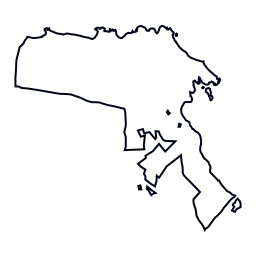 Manokwari, Papua Barat, Indonesia (Natural Earth projection)
{"feature_id": "22746128B58641314112332", "entity_name": "Manokwari", "entity_type": "district", "adm_level": 2, "iso_a3": "IDN", "parent_name": "Indonesia", "parent_adm1": "Papua Barat", "projection": "natural_earth1", "projection_center": [133.979, -1.001], "detail": "fine", "context": "isolated", "style": "outline", "palette": "ink", "viewbox_px": 256, "rotation_deg": 0, "n_neighbors": 0, "source": "geoboundaries", "source_scale": "gbopen_adm2", "svg_char_len": 5721}
<svg xmlns="http://www.w3.org/2000/svg" viewBox="0 0 256 256"><path d="M235.2,195.7L232.2,194.6L230.1,192.6L227.1,191.1L222.6,186.0L220.2,182.7L219.5,181.2L218.9,180.3L218.0,180.7L217.6,179.9L210.5,172.5L210.0,171.4L210.1,169.8L210.4,168.6L210.4,166.7L210.2,165.9L209.2,164.2L208.5,162.3L207.0,160.6L204.9,158.9L204.1,158.2L203.3,156.9L201.4,153.2L200.7,152.2L200.2,150.4L200.2,148.8L200.4,146.5L201.0,144.7L201.1,141.4L200.6,137.3L199.9,135.1L198.1,132.7L196.5,132.0L194.1,129.9L193.4,129.1L192.7,129.0L192.2,128.6L191.3,126.7L190.0,125.2L189.4,122.4L188.7,121.7L186.6,120.7L185.8,120.1L182.7,115.5L181.6,113.5L181.2,111.6L181.2,109.0L181.8,107.0L184.5,102.4L185.1,102.1L188.7,102.0L190.0,102.1L190.6,102.0L191.3,101.6L191.7,100.9L192.0,99.9L192.1,98.7L191.3,97.1L191.1,96.3L190.3,95.9L190.5,93.6L190.0,92.7L190.1,92.0L191.8,92.7L193.3,92.9L194.7,90.9L194.8,89.2L195.0,89.0L193.4,85.3L193.7,84.8L193.7,83.8L193.2,82.2L193.5,81.2L194.9,80.6L195.6,81.5L196.6,82.3L196.6,82.7L196.9,82.7L197.7,83.6L198.6,83.7L199.3,83.5L199.6,83.0L199.2,82.8L199.1,82.0L198.4,81.7L198.6,81.5L199.1,81.8L199.4,81.7L199.2,80.4L198.7,79.9L198.9,79.2L198.8,78.3L199.3,77.9L199.2,77.4L199.6,77.6L199.8,78.2L200.0,78.3L199.8,78.9L199.9,80.0L200.9,80.3L200.8,80.7L201.4,81.2L201.6,81.1L202.1,82.7L203.4,83.2L203.4,83.3L205.5,84.6L207.4,84.6L208.5,84.3L209.0,82.7L209.6,82.4L209.9,82.6L210.4,82.6L211.1,82.1L211.5,81.5L212.9,82.0L213.7,83.6L214.4,83.2L214.6,83.3L213.7,83.8L213.8,84.6L215.1,85.1L216.4,85.0L217.7,83.9L219.0,82.1L218.3,81.7L218.5,81.5L219.1,82.2L219.7,81.2L219.9,79.8L220.1,79.3L219.2,78.5L218.7,78.6L218.8,78.8L218.1,79.6L216.9,78.7L216.7,76.5L214.9,75.5L210.5,71.5L210.3,71.6L207.4,68.5L204.2,64.5L204.2,63.8L203.5,62.7L203.5,61.4L203.1,61.3L202.4,61.6L201.4,61.4L196.4,59.9L190.8,57.7L188.0,55.5L188.0,55.4L186.6,52.9L185.4,51.9L182.6,50.1L181.1,48.8L179.3,46.9L175.8,42.0L176.0,41.7L174.9,40.8L174.4,39.9L174.3,39.1L173.9,38.3L173.4,37.8L173.0,37.0L172.7,35.4L172.8,34.7L173.6,33.5L173.7,32.5L171.2,30.3L171.2,29.5L169.9,28.1L168.6,29.3L168.1,29.3L168.0,29.5L167.3,29.3L167.1,27.8L166.2,28.3L165.1,27.2L162.8,26.0L161.5,26.1L160.1,27.0L159.4,28.5L158.4,31.5L157.7,32.7L157.4,32.9L157.4,32.7L156.2,32.8L155.4,31.5L155.3,30.8L154.2,28.8L151.8,28.3L149.9,29.1L149.1,30.0L149.2,30.6L148.7,30.8L147.1,30.8L146.2,30.0L146.3,29.6L145.9,29.4L145.7,28.6L145.1,27.7L142.6,26.7L141.7,26.1L140.3,26.0L138.5,26.7L136.7,28.2L136.7,28.7L137.2,29.5L137.1,29.9L136.5,29.9L135.7,30.2L135.8,31.4L136.0,31.5L134.4,32.2L133.1,32.0L132.5,31.0L132.1,31.8L131.9,32.8L130.6,33.1L129.3,33.0L128.5,32.8L126.7,33.6L125.6,34.5L124.5,36.0L123.4,36.7L122.3,37.8L120.7,38.0L119.0,37.5L116.6,35.1L116.3,34.5L116.2,31.9L115.9,30.8L115.3,29.9L114.8,30.1L114.6,30.1L113.9,31.0L113.5,30.8L113.3,30.0L112.5,30.1L112.4,29.9L112.2,30.2L111.4,30.7L111.0,30.5L110.6,29.5L109.8,29.1L109.9,30.5L109.8,31.6L108.4,31.8L107.7,31.3L106.3,31.4L105.0,31.2L104.2,30.8L104.9,29.0L104.3,28.3L102.7,27.4L102.0,27.7L101.2,27.7L100.8,28.5L99.5,28.8L99.2,28.0L98.3,27.6L96.5,28.1L95.9,28.4L95.2,28.9L95.1,29.3L97.2,30.4L97.8,31.5L97.7,32.3L96.9,34.3L96.0,36.0L94.6,37.8L93.3,38.6L92.1,39.1L91.2,38.6L89.4,38.1L88.8,37.7L87.9,37.7L81.2,36.2L80.4,35.8L74.0,34.5L71.4,34.3L67.9,33.6L66.4,33.6L63.2,34.6L62.9,34.3L57.0,33.4L50.1,30.6L49.1,29.3L49.1,28.4L48.5,28.5L48.3,29.8L47.5,29.9L47.0,28.3L46.5,28.2L46.2,28.5L44.7,28.8L44.5,29.6L45.1,30.9L45.8,31.7L45.8,33.7L45.6,34.5L41.8,36.5L42.0,36.8L40.2,37.3L40.1,37.8L40.1,37.3L36.3,37.9L33.4,38.1L27.3,36.8L26.9,37.9L24.9,40.4L23.3,43.7L19.6,47.2L16.4,60.3L15.9,71.0L15.4,78.2L15.5,86.4L18.5,86.5L21.5,87.9L28.6,88.6L39.9,90.4L60.2,93.9L63.6,93.9L70.3,94.3L80.7,97.8L86.6,100.7L91.5,102.1L99.1,102.4L107.1,104.9L114.5,106.4L124.3,108.8L125.2,112.0L125.8,122.3L125.8,125.5L124.3,132.3L125.8,137.2L125.8,146.5L124.7,150.1L144.4,149.3L143.8,145.6L144.9,135.5L140.8,136.7L137.9,130.5L142.9,129.1L144.2,133.3L149.5,132.1L155.1,139.0L156.2,137.6L155.5,131.3L158.7,131.4L159.9,134.6L163.0,139.7L165.2,140.9L175.3,141.3L165.2,151.5L159.0,143.9L153.0,151.1L145.5,155.7L145.9,157.9L138.0,163.8L141.2,167.0L145.4,169.6L145.0,170.1L144.0,174.0L145.0,175.6L145.4,176.5L145.3,179.5L150.9,183.9L155.1,186.4L155.6,183.9L156.5,181.3L156.8,175.7L159.1,177.7L166.6,166.4L181.0,155.2L181.6,162.2L182.5,166.6L182.8,171.1L182.6,172.2L183.7,175.2L200.0,192.0L193.5,199.2L193.5,201.7L193.7,203.3L194.2,205.1L195.7,209.5L196.5,215.6L198.6,219.9L202.3,224.8L203.4,226.6L204.8,230.0L205.8,228.6L207.9,227.2L208.8,226.2L215.2,217.4L216.6,216.5L221.5,211.4L222.8,209.5L223.7,207.9L226.8,204.4L229.8,200.6L231.2,199.2L234.2,197.1L235.2,195.7ZM178.4,126.7L179.0,124.9L179.1,123.8L179.9,123.8L180.9,124.4L179.7,127.0L178.4,126.7ZM168.4,114.3L167.0,112.4L167.2,111.5L167.8,110.7L168.8,112.4L169.8,113.1L168.4,114.3ZM237.6,198.6L235.7,200.6L235.1,202.6L234.8,203.0L234.2,203.1L233.7,203.5L232.7,204.8L233.5,206.0L234.3,206.6L231.9,210.5L234.9,212.0L235.7,210.3L236.5,209.3L238.9,207.9L240.5,207.2L240.6,204.2L240.5,203.2L240.2,202.2L239.7,201.1L237.6,198.6ZM208.4,88.0L207.7,88.4L206.9,88.5L206.2,89.1L205.9,90.0L205.8,90.8L206.0,91.9L207.5,92.8L208.5,94.6L209.0,96.1L209.5,97.1L209.6,97.6L209.9,98.1L210.4,100.0L210.8,100.3L211.7,99.8L212.2,98.9L212.6,97.8L212.5,96.9L212.1,96.2L211.2,95.8L210.8,95.3L210.9,92.6L209.9,88.7L208.4,88.0ZM151.6,194.7L154.1,193.4L155.5,193.1L151.5,190.1L147.2,186.6L147.2,187.6L146.8,189.1L148.5,190.2L150.1,193.3L151.3,195.1L151.6,194.7ZM141.0,188.7L140.7,186.1L139.9,185.8L139.9,185.5L138.4,185.9L139.0,189.3L141.2,189.3L141.0,188.7ZM176.7,35.9L177.1,34.1L176.6,33.6L175.9,34.1L175.6,35.4L176.1,36.0L176.7,35.9ZM203.4,88.2L203.9,87.6L203.5,87.0L202.7,87.1L202.1,87.8L202.6,88.2L203.4,88.2Z" fill="none" stroke="#020617" stroke-width="2"/></svg>